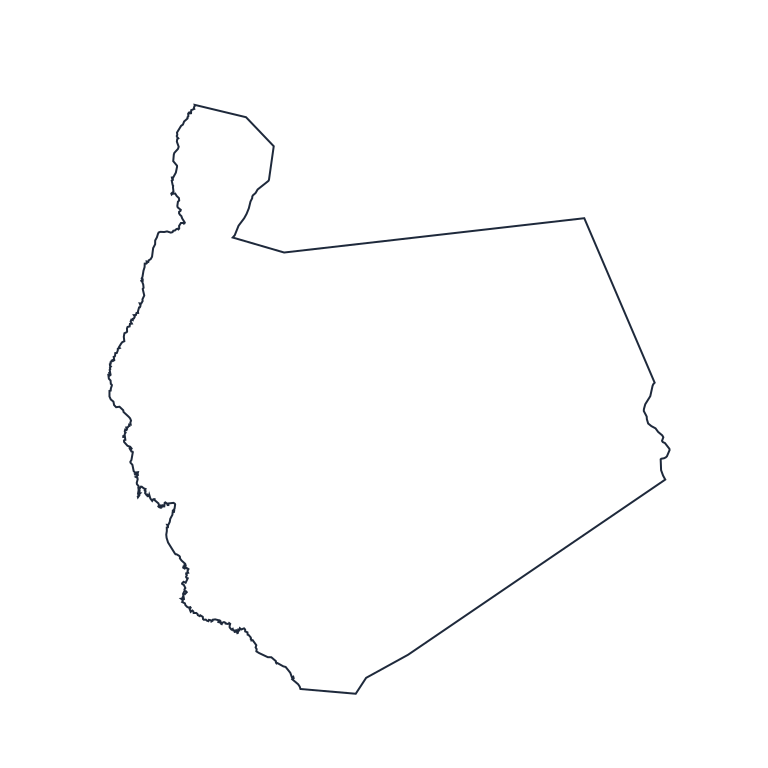 Moroni-Bambao, Andjazîdja, Comoros (Natural Earth projection), rotated 352°
{"feature_id": "10938185B83767222062315", "entity_name": "Moroni-Bambao", "entity_type": "district", "adm_level": 2, "iso_a3": "COM", "parent_name": "Comoros", "parent_adm1": "Andjazîdja", "projection": "natural_earth1", "projection_center": [43.253, -11.742], "detail": "fine", "context": "isolated", "style": "outline", "palette": "slate", "viewbox_px": 768, "rotation_deg": 352, "n_neighbors": 0, "source": "geoboundaries", "source_scale": "gbopen_adm2", "svg_char_len": 6138}
<svg xmlns="http://www.w3.org/2000/svg" viewBox="0 0 768 768"><g transform="rotate(352 384 384)"><path d="M649.2,517.8L647.6,513.5L646.4,507.9L647.5,497.1L648.2,496.6L651.0,496.5L652.8,495.9L654.1,495.0L657.6,489.2L657.6,487.9L654.0,481.6L652.0,480.3L651.4,479.0L653.2,475.6L652.4,473.6L648.8,469.6L646.7,465.7L642.9,462.9L640.1,459.9L639.4,455.4L639.6,452.8L637.5,446.9L637.9,445.0L639.9,440.4L646.0,433.1L649.7,423.2L650.6,421.7L652.2,420.4L605.4,247.7L303.4,239.9L254.6,217.9L256.9,215.9L262.0,207.0L268.6,200.4L271.6,196.4L274.6,191.2L277.2,184.7L279.3,181.7L279.7,179.9L280.5,178.9L283.4,177.0L285.9,173.8L297.8,166.8L298.5,165.8L307.9,133.2L284.5,100.6L235.3,81.2L235.4,82.3L234.8,82.8L234.1,84.3L234.4,85.2L231.2,86.0L230.6,89.0L229.6,89.0L229.4,88.0L228.7,88.0L227.7,89.0L227.5,91.7L226.5,92.5L226.4,93.7L222.6,96.2L221.0,99.1L219.0,100.1L214.0,106.2L214.0,108.5L213.3,109.5L213.3,110.2L214.5,112.1L213.3,112.7L212.6,115.2L213.7,120.5L212.7,122.5L208.6,125.9L207.8,127.5L206.3,134.0L209.4,139.0L209.3,140.1L207.3,145.7L204.1,150.0L202.7,150.0L202.8,151.0L203.4,151.3L203.3,152.5L202.1,153.0L202.4,157.6L202.8,158.5L202.4,159.5L202.3,164.2L199.9,165.8L200.1,166.8L201.0,166.2L203.7,166.3L204.9,169.0L206.8,171.4L206.7,173.8L205.3,174.8L204.1,179.0L204.3,180.4L207.0,183.3L206.5,184.3L205.1,184.9L204.8,186.3L205.4,187.9L206.7,189.5L207.2,192.0L209.2,196.4L208.7,197.2L208.1,197.3L207.8,196.6L205.3,196.3L203.1,198.9L202.8,201.6L201.9,202.3L201.1,201.5L200.0,201.7L198.3,202.9L196.7,202.9L195.7,204.2L193.9,204.4L190.4,202.7L187.5,202.9L183.7,202.2L181.9,202.6L181.1,203.8L179.5,207.2L177.4,210.0L176.8,213.8L174.3,217.3L172.0,225.7L170.3,227.9L168.2,228.8L167.6,230.3L166.0,229.6L165.9,231.4L165.4,231.7L163.8,231.5L163.2,234.9L161.6,238.3L159.7,244.4L158.8,245.6L159.6,246.6L158.0,247.9L158.2,248.4L159.3,248.6L158.9,249.6L159.4,252.0L159.3,255.3L158.3,256.3L158.9,263.0L156.6,266.5L156.5,268.3L154.7,270.6L153.3,270.2L153.8,272.2L153.6,273.0L152.9,274.1L152.1,274.1L150.4,278.0L150.4,279.4L148.8,279.2L147.9,281.1L145.9,281.0L146.6,282.4L146.4,283.0L145.4,284.3L144.4,284.5L144.1,285.8L142.8,285.1L141.8,286.8L142.7,289.1L140.8,289.1L140.1,291.6L138.0,291.8L137.2,293.2L136.9,296.3L136.4,296.9L134.0,297.6L132.9,301.0L132.8,305.5L130.7,306.1L129.4,307.3L126.6,310.7L127.3,311.6L125.3,312.1L125.0,313.8L123.7,316.1L122.2,316.0L121.6,318.7L121.1,319.3L120.1,319.5L120.2,322.9L119.2,323.3L119.1,322.4L117.5,322.9L117.3,323.8L116.2,324.4L116.2,325.9L115.3,326.2L115.2,328.0L116.0,328.6L114.8,329.9L115.0,331.2L114.3,331.8L114.4,334.3L113.4,334.7L113.4,335.5L114.5,336.0L114.5,336.9L113.5,337.5L112.3,336.9L112.3,340.5L113.7,342.5L113.5,345.9L114.3,346.8L114.3,347.6L112.9,350.4L112.4,352.5L111.2,352.6L110.4,358.2L111.3,361.3L113.6,363.8L113.8,367.3L115.5,369.7L118.9,369.7L122.1,373.7L122.2,375.5L126.7,381.0L127.8,382.7L128.4,385.1L127.4,387.0L127.5,389.0L126.0,388.7L126.0,390.1L125.4,390.1L124.3,391.2L122.8,391.2L123.3,392.8L122.6,393.8L121.4,393.1L120.7,394.7L120.8,395.7L121.3,396.2L120.1,397.8L120.1,399.4L118.6,399.3L118.4,400.1L120.1,400.5L120.1,403.3L119.1,403.4L118.6,404.0L118.6,405.3L121.4,409.5L123.7,410.7L123.1,412.3L123.4,413.1L124.7,412.1L125.1,412.8L123.9,414.0L124.5,415.7L125.6,416.0L125.8,416.5L123.3,424.1L122.0,425.7L122.0,426.6L123.6,429.0L124.0,435.5L125.2,437.1L128.1,437.1L127.7,438.1L124.8,438.6L125.0,439.1L127.5,439.2L127.7,439.9L126.3,441.2L125.3,441.5L126.8,442.7L126.8,444.1L125.4,447.4L125.4,448.8L126.7,450.9L126.7,451.8L126.3,452.3L126.3,454.8L125.1,458.5L125.6,459.7L125.5,460.3L124.5,461.2L124.6,461.9L126.3,460.1L126.3,459.0L127.4,458.2L126.3,457.9L126.3,457.2L127.2,455.9L126.9,454.8L127.5,453.6L129.0,451.8L129.8,452.0L131.5,453.8L133.2,454.8L132.2,455.9L132.3,456.4L132.9,456.6L132.9,457.6L132.2,458.7L133.3,460.8L134.1,460.5L134.3,460.8L134.3,462.2L135.5,462.4L136.1,461.0L136.7,464.9L138.2,467.5L139.5,466.0L140.8,466.1L140.8,467.2L144.0,470.8L144.4,472.7L143.5,473.8L144.2,474.7L145.4,475.3L145.4,473.9L146.2,473.2L147.0,474.6L148.0,473.3L148.8,473.6L148.7,474.5L149.4,474.6L150.3,471.1L151.0,470.8L152.5,472.3L152.9,473.8L153.6,473.9L153.8,472.3L159.0,472.4L160.2,473.4L160.4,474.3L159.2,478.4L157.2,480.1L157.2,480.4L158.5,480.5L158.2,481.5L156.8,481.7L156.3,484.0L153.6,487.7L152.6,490.8L150.8,493.5L149.7,493.3L150.3,494.9L150.1,495.8L148.9,495.9L148.5,499.3L147.4,502.9L147.3,506.1L148.1,510.9L153.4,522.9L153.9,523.6L154.8,523.7L157.4,525.8L157.9,527.0L157.6,528.2L159.0,530.7L162.1,534.4L162.3,535.9L161.2,535.7L161.0,537.1L160.1,536.8L159.6,537.9L160.8,538.9L161.7,537.7L162.5,538.4L162.7,539.1L163.5,539.1L164.6,540.1L163.3,542.0L163.8,543.7L161.8,543.9L161.6,544.7L162.2,545.8L161.1,547.5L161.6,548.6L162.6,549.1L159.9,553.2L158.0,552.0L156.3,553.3L156.4,554.1L157.8,555.1L158.9,558.4L157.8,559.6L157.8,561.2L159.2,561.8L159.7,562.7L157.7,564.3L156.6,562.7L155.8,563.9L156.0,569.2L155.3,569.5L155.1,569.0L155.0,567.1L154.2,568.4L153.2,568.4L154.4,569.7L154.4,571.1L153.8,571.8L156.3,573.5L156.6,575.4L158.2,577.5L159.7,578.3L161.1,578.0L161.4,578.6L160.2,579.7L160.9,582.7L162.6,581.6L163.5,582.6L163.6,584.3L166.2,584.6L167.3,585.8L167.5,587.0L169.2,588.2L169.9,587.5L172.1,589.3L172.1,591.7L172.8,592.4L174.7,592.5L175.7,593.7L177.1,594.4L177.8,593.2L180.1,594.1L180.1,595.1L181.3,594.6L181.7,593.6L184.1,593.6L187.8,595.1L186.8,596.6L187.7,597.1L188.7,595.6L189.0,595.9L189.3,598.8L189.9,599.2L190.7,597.9L192.4,597.5L193.8,598.4L193.8,599.2L195.6,599.8L197.0,599.8L197.4,599.2L198.3,600.1L197.4,602.2L197.3,603.6L198.3,605.3L198.8,606.0L200.1,605.4L200.3,606.9L201.2,607.1L201.6,608.7L202.8,608.7L203.5,606.5L204.1,610.3L204.6,610.2L205.6,607.0L206.5,607.7L207.3,605.8L208.6,607.2L211.4,606.5L212.3,607.8L212.1,609.7L214.2,610.9L214.1,613.3L215.0,613.7L216.8,616.5L216.6,618.0L216.9,618.1L217.0,619.5L218.3,619.4L221.2,624.9L220.2,627.0L221.0,628.8L220.4,631.0L222.8,633.0L231.0,638.4L234.4,638.9L238.4,643.5L238.2,644.8L238.7,645.8L239.6,645.5L245.0,649.6L247.2,650.5L251.0,656.9L252.0,661.7L253.4,661.2L253.6,662.8L252.1,663.7L257.2,669.4L258.4,671.9L258.8,674.4L312.9,686.8L325.4,672.5L370.1,655.5L649.2,517.8Z" fill="none" stroke="#1e293b" stroke-width="2"/></g></svg>